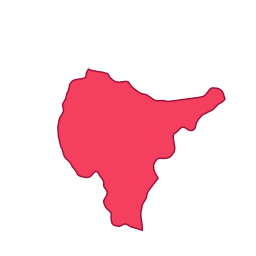 Peralta, Azua, Dominican Republic, rotated 217°
{"feature_id": "3306468B32455006078349", "entity_name": "Peralta", "entity_type": "district", "adm_level": 2, "iso_a3": "DOM", "parent_name": "Dominican Republic", "parent_adm1": "Azua", "projection": "albers", "projection_center": [-70.778, 18.591], "detail": "fine", "context": "isolated", "style": "filled", "palette": "rose", "viewbox_px": 256, "rotation_deg": 217, "n_neighbors": 0, "source": "geoboundaries", "source_scale": "gbopen_adm2", "svg_char_len": 3199}
<svg xmlns="http://www.w3.org/2000/svg" viewBox="0 0 256 256"><g transform="rotate(217 128 128)"><path d="M195.0,151.2L194.7,148.4L194.4,147.2L194.0,146.1L193.1,145.0L192.7,144.0L192.6,142.8L192.8,142.2L193.4,140.9L194.3,139.8L198.7,135.4L200.0,133.6L200.6,132.2L200.9,130.7L200.9,129.3L200.7,127.9L200.2,126.6L198.8,123.7L198.3,122.3L197.7,119.5L197.3,118.2L195.7,114.5L195.3,113.2L194.8,109.0L194.5,107.8L193.9,106.7L193.5,106.2L191.6,104.8L190.7,104.0L190.0,102.9L189.4,101.7L189.0,99.6L188.6,95.3L188.0,93.3L186.5,90.3L185.6,88.4L185.0,87.1L183.6,85.3L180.6,81.9L178.2,79.1L176.3,77.6L171.7,73.7L170.5,72.8L167.4,71.2L163.3,68.0L162.0,67.2L161.3,66.9L160.0,66.4L158.5,66.2L154.9,65.8L152.8,65.4L149.2,63.7L147.9,63.3L144.4,62.5L143.2,62.0L140.9,60.8L139.6,60.5L138.2,60.5L136.9,60.8L132.2,63.0L131.6,63.4L130.5,64.2L129.7,65.2L129.3,65.8L128.8,67.0L128.6,68.4L128.4,71.7L128.1,72.9L127.9,73.4L127.5,73.9L127.0,74.2L126.4,74.4L125.8,74.5L124.6,74.2L121.9,72.9L120.6,72.5L117.9,71.8L116.6,71.3L115.5,70.6L114.5,69.7L112.6,67.3L112.2,66.9L111.2,66.4L108.1,65.5L107.5,65.2L106.4,64.5L105.5,63.5L105.1,63.0L104.6,61.7L104.3,60.4L103.9,56.3L103.5,55.1L103.2,54.5L102.7,54.1L101.7,53.3L99.0,51.7L97.8,51.2L96.4,50.9L92.3,50.4L91.0,50.1L90.4,49.8L89.9,49.5L89.4,49.1L87.7,46.4L85.8,44.2L84.1,42.8L82.8,42.1L81.4,41.9L80.0,42.1L78.8,42.6L75.5,44.5L73.6,48.4L72.9,49.3L72.3,49.7L71.7,50.0L70.3,50.4L66.6,50.8L65.1,51.2L61.5,52.7L58.1,53.8L55.1,54.9L56.5,56.8L58.0,58.6L64.5,65.2L66.5,67.6L67.3,68.8L68.4,71.4L69.6,73.7L70.2,74.9L70.6,77.0L71.0,80.7L71.3,82.8L71.8,84.1L73.2,87.1L73.7,89.3L73.8,91.6L73.9,94.8L73.7,105.9L77.1,107.5L79.7,108.5L81.4,109.7L83.0,111.0L84.4,112.6L85.2,113.8L85.7,115.1L86.0,116.5L86.1,118.7L85.9,120.7L85.4,122.0L85.1,122.5L84.6,122.9L82.0,124.5L80.4,125.8L79.0,127.2L78.1,128.3L77.4,129.5L76.9,130.9L76.7,132.3L76.7,134.6L76.8,136.0L77.1,137.5L77.4,138.2L78.1,139.4L79.0,140.6L80.0,141.6L84.8,146.2L86.3,147.8L87.1,148.9L87.4,149.4L87.6,150.0L87.7,150.6L87.7,151.2L86.6,154.6L86.1,158.7L85.8,160.0L85.3,161.1L84.9,161.6L84.3,162.0L83.0,162.5L78.7,162.8L77.3,163.2L76.7,163.5L75.6,164.3L74.8,165.3L74.6,165.9L74.3,167.2L74.5,168.6L74.9,169.8L76.1,172.0L76.6,174.2L76.8,175.8L76.9,178.2L76.7,181.3L76.5,182.9L76.0,184.2L74.4,187.1L73.3,189.7L72.0,192.0L71.5,193.2L71.0,195.5L70.5,199.4L70.3,201.0L69.8,202.3L68.7,204.7L68.3,206.0L68.1,207.4L67.9,209.4L71.7,212.2L73.4,213.3L74.7,213.9L76.1,214.1L78.3,214.1L79.7,213.8L81.5,212.9L84.6,210.9L85.1,210.4L85.4,209.9L85.8,208.6L86.0,206.6L86.0,202.2L86.3,200.1L86.9,198.7L88.2,196.9L90.2,194.7L97.9,187.1L108.3,176.8L110.5,174.7L111.6,173.7L112.8,172.9L116.5,171.0L117.6,170.2L120.8,167.6L121.9,166.9L122.5,166.6L123.9,166.2L125.4,166.0L130.6,165.9L132.7,165.7L134.1,165.3L134.7,165.1L137.7,163.7L139.1,163.3L141.3,163.0L145.8,163.0L149.5,163.2L151.6,163.6L154.4,164.7L155.0,164.8L155.5,164.8L156.2,164.7L156.8,164.5L157.9,163.8L158.9,162.9L162.6,159.3L163.8,158.4L165.0,157.8L165.7,157.5L167.3,157.2L168.9,157.1L170.5,157.2L172.7,157.6L174.0,158.0L175.4,158.7L176.3,158.9L176.8,159.0L177.7,158.9L182.7,156.8L186.1,154.8L188.7,153.7L191.6,152.1L192.9,151.7L195.0,151.2Z" fill="#f43f5e" stroke="#9f1239" stroke-width="1.5"/></g></svg>